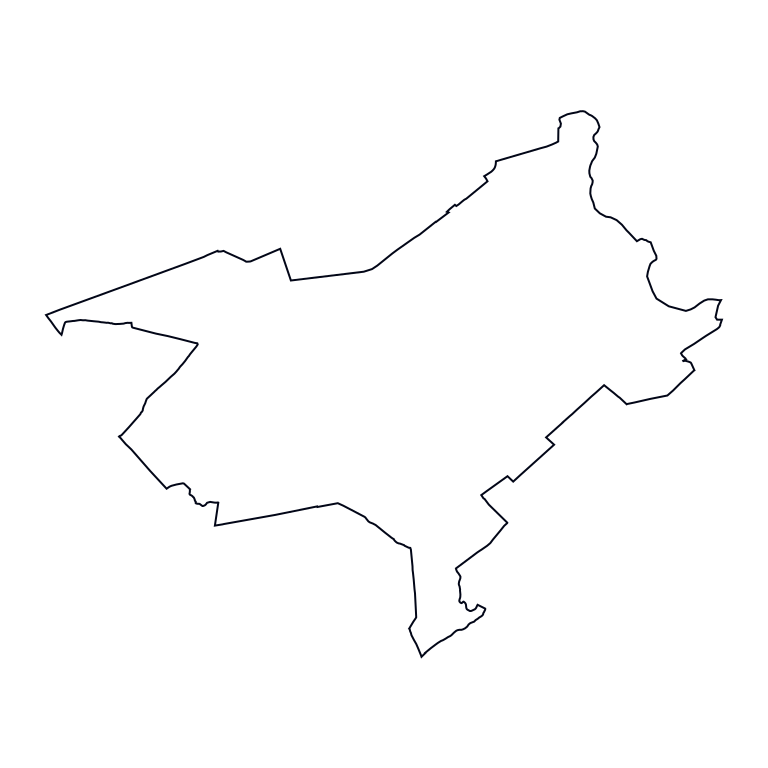 the district of Buturugeni, Giurgiu, Romania
{"feature_id": "2599482B72112138789646", "entity_name": "Buturugeni", "entity_type": "district", "adm_level": 2, "iso_a3": "ROU", "parent_name": "Romania", "parent_adm1": "Giurgiu", "projection": "robinson", "projection_center": [25.814, 44.343], "detail": "fine", "context": "isolated", "style": "outline", "palette": "ink", "viewbox_px": 768, "rotation_deg": 0, "n_neighbors": 0, "source": "geoboundaries", "source_scale": "gbopen_adm2", "svg_char_len": 6101}
<svg xmlns="http://www.w3.org/2000/svg" viewBox="0 0 768 768"><path d="M409.2,628.6L409.6,628.8L410.0,630.7L410.3,631.7L410.8,632.6L411.5,635.3L412.3,636.8L413.9,639.9L416.3,644.1L418.3,648.7L421.0,655.3L421.5,656.8L425.4,653.0L425.2,652.8L430.8,648.2L434.9,645.1L437.9,642.9L441.1,640.9L442.7,640.3L443.8,639.7L445.7,638.6L448.0,637.1L450.1,636.1L451.4,635.2L454.1,632.5L456.2,630.8L457.5,630.2L459.4,629.8L461.5,629.8L463.1,629.3L465.1,628.3L467.2,626.6L468.6,624.5L470.3,623.1L474.2,621.6L475.6,620.1L477.7,618.8L479.4,617.4L480.7,616.7L482.3,615.5L482.9,614.7L483.1,614.4L483.2,613.6L483.4,613.0L483.9,612.3L485.2,609.6L485.2,608.6L477.6,604.8L477.1,605.7L476.2,607.7L475.6,608.6L474.8,609.3L471.6,610.8L470.9,611.0L469.9,611.0L467.5,609.7L466.8,609.1L466.4,608.2L466.2,607.3L466.0,604.9L465.6,603.7L465.0,602.8L463.7,601.7L463.3,601.7L461.8,603.0L461.4,603.1L460.5,602.7L459.7,601.9L459.4,601.3L459.3,600.8L459.4,600.2L459.7,598.9L460.1,597.9L460.3,596.7L460.4,594.4L460.0,590.4L460.1,589.4L459.9,588.4L459.6,586.5L458.9,584.7L458.8,583.6L459.2,581.3L459.7,580.1L460.3,578.4L460.4,577.5L460.4,576.5L459.9,575.6L458.4,573.3L457.1,571.7L456.8,571.1L456.1,569.3L456.1,568.6L456.0,568.4L477.2,552.5L480.0,550.6L481.3,549.8L487.1,545.8L490.3,543.1L492.9,539.6L500.3,530.7L504.2,525.8L507.2,523.1L507.3,522.7L488.8,504.6L484.6,499.0L484.1,498.7L483.4,498.3L483.0,497.6L481.3,495.1L486.6,491.2L507.5,476.2L513.2,481.6L520.4,475.0L554.1,444.7L548.7,439.8L546.1,437.4L562.8,422.5L562.7,422.4L569.8,416.1L572.2,414.1L577.0,409.6L584.4,403.0L591.3,396.6L595.8,392.7L604.1,385.2L610.8,390.6L613.6,392.8L618.2,396.7L619.7,397.7L626.7,404.3L627.2,404.0L634.5,402.5L650.3,398.9L663.4,396.3L667.4,395.5L673.1,390.5L680.5,383.1L684.7,379.3L694.0,370.5L694.4,370.3L691.5,363.9L691.1,363.1L690.6,362.5L689.7,362.1L688.4,361.6L685.5,360.8L684.7,360.8L683.4,361.1L683.2,360.8L686.0,359.3L685.3,358.6L685.3,358.3L682.8,356.1L682.0,355.1L681.0,353.3L681.5,352.7L683.2,351.1L685.0,349.4L694.1,343.9L702.2,338.4L706.1,335.8L716.9,329.1L717.8,328.4L719.1,327.3L719.4,326.9L720.2,325.4L720.2,324.6L721.9,319.7L717.1,319.7L715.5,317.2L718.1,305.7L721.0,300.1L719.0,300.2L715.8,299.7L712.2,299.3L708.0,299.3L704.2,300.6L699.6,303.5L694.6,307.4L690.7,309.4L685.9,310.9L668.8,306.3L656.5,298.6L652.6,291.3L647.1,276.4L647.9,271.8L649.6,266.1L650.5,263.8L652.2,262.1L653.5,261.1L655.9,259.8L656.5,258.8L656.3,255.8L653.8,250.8L650.7,242.3L648.9,241.8L647.4,241.2L646.3,240.2L644.3,239.9L642.0,238.8L640.3,239.2L636.9,241.2L629.1,232.9L626.5,230.3L621.9,224.7L616.6,220.1L610.6,217.3L606.0,216.7L599.8,213.3L594.8,208.5L593.3,202.5L591.7,198.9L590.8,195.9L590.3,193.5L590.4,191.5L590.6,188.4L591.3,185.9L592.1,184.4L592.6,182.3L592.7,180.6L591.5,178.1L590.3,176.8L589.4,173.3L589.3,170.6L590.0,166.9L590.5,165.1L591.1,163.8L591.8,161.9L592.3,160.9L594.8,157.6L596.3,153.8L597.8,146.5L597.2,144.5L595.8,142.7L594.2,141.1L593.5,139.4L593.4,137.0L594.2,135.0L596.1,133.3L597.3,132.0L598.0,130.8L598.4,129.5L599.5,127.1L598.3,123.5L596.9,120.3L595.1,118.3L592.1,116.0L590.6,115.2L589.4,114.8L584.9,111.6L583.0,111.2L580.1,111.3L577.0,112.3L571.2,113.4L567.3,114.3L563.0,116.3L559.8,117.9L559.4,119.7L560.9,123.6L560.4,126.6L558.7,128.3L558.4,128.4L558.2,141.5L556.0,142.7L552.0,144.5L546.6,146.6L540.3,148.3L495.9,161.3L495.9,162.2L495.7,164.5L495.4,165.8L494.9,167.3L494.3,168.5L493.5,169.5L492.8,170.3L491.3,171.7L486.7,174.7L484.2,176.2L486.0,178.5L487.5,181.3L466.3,198.7L464.4,199.7L462.5,201.2L458.6,204.5L456.3,206.0L454.9,204.8L449.5,209.3L446.9,211.8L448.6,212.5L436.0,222.0L435.7,221.8L419.6,234.6L414.3,237.8L397.4,249.7L392.3,253.5L377.3,265.6L372.0,269.1L363.8,271.7L290.9,280.5L280.2,248.8L250.6,261.4L249.0,261.6L246.2,261.7L244.9,260.9L243.1,259.9L226.2,252.3L223.6,250.9L221.0,251.5L218.2,251.6L217.7,250.8L207.4,255.1L203.8,256.9L185.4,263.8L105.6,293.0L59.8,309.7L46.1,315.0L48.4,318.2L51.0,321.5L55.3,327.6L57.9,330.9L59.5,332.8L61.5,334.8L62.0,333.2L63.0,328.8L64.1,325.1L64.9,322.9L65.3,322.3L65.8,322.0L66.9,321.7L70.6,321.3L72.8,321.0L74.5,320.9L78.1,320.3L80.5,320.0L83.2,320.3L85.3,320.2L87.6,320.6L92.4,321.1L94.3,321.3L98.8,321.7L101.0,322.2L103.5,322.4L106.7,322.8L108.0,322.7L110.6,323.3L111.2,323.3L111.8,323.2L112.7,323.7L115.3,324.1L120.1,323.9L122.5,323.7L123.7,323.6L125.3,323.1L127.6,322.8L129.0,322.9L131.4,322.8L131.8,326.1L132.0,326.8L132.2,327.3L133.0,327.7L155.9,333.6L167.9,336.1L180.1,339.1L194.8,342.9L197.3,343.3L197.7,344.4L197.5,344.8L196.3,346.6L191.6,352.3L189.9,354.4L188.9,356.0L188.0,356.9L185.1,361.0L182.4,364.3L180.4,366.4L179.6,367.4L178.7,368.8L177.3,370.4L176.6,371.3L174.4,373.7L170.8,376.8L165.5,381.9L161.5,385.3L159.7,386.9L157.6,388.6L156.4,389.9L155.2,390.9L153.8,392.3L152.7,393.3L150.8,395.1L147.1,398.5L146.7,399.0L145.9,401.1L145.2,403.3L143.7,406.3L143.4,407.2L142.9,409.1L142.7,410.5L142.4,411.0L142.1,411.6L141.2,412.4L140.9,412.8L140.5,413.8L140.3,414.2L128.8,427.3L121.7,435.0L121.0,435.5L119.7,436.0L119.4,436.2L119.0,436.6L120.6,438.1L122.0,439.8L125.8,444.2L131.3,449.4L150.1,470.9L166.6,488.7L169.5,486.7L171.5,485.8L176.4,484.5L182.3,483.4L182.9,483.3L183.6,483.5L184.0,483.6L190.0,489.2L189.8,489.4L189.9,490.9L189.7,492.9L189.5,493.6L189.6,494.2L190.2,494.9L191.2,495.3L192.5,496.2L192.8,496.7L193.8,497.5L194.7,499.5L194.9,500.7L195.7,501.6L195.8,501.9L195.8,502.2L195.6,502.9L196.2,503.5L197.8,503.8L198.9,503.8L199.6,503.9L202.4,506.0L202.6,506.0L203.5,505.9L205.0,505.2L205.9,504.4L206.3,503.8L207.1,502.8L210.1,501.9L214.5,502.6L216.6,502.7L217.3,502.5L218.1,502.5L218.3,502.6L214.9,525.6L222.4,524.4L224.1,524.0L275.3,514.9L317.2,506.4L317.4,507.0L337.8,503.2L343.3,505.7L364.5,516.8L365.4,517.5L366.1,518.5L368.4,521.4L369.9,522.4L373.0,523.6L374.6,524.5L375.5,524.9L385.1,532.7L391.1,537.4L392.8,538.6L393.1,538.8L393.6,538.9L394.3,540.2L395.1,541.1L396.2,542.1L397.0,542.7L398.7,543.4L400.0,543.6L404.2,545.2L404.5,545.7L408.7,547.7L410.3,547.9L410.9,549.7L412.5,566.3L412.6,570.0L413.0,573.0L413.7,579.5L414.5,589.1L415.0,593.3L415.9,610.9L416.2,617.3L415.6,618.4L413.4,621.6L409.2,628.6Z" fill="none" stroke="#020617" stroke-width="2"/></svg>